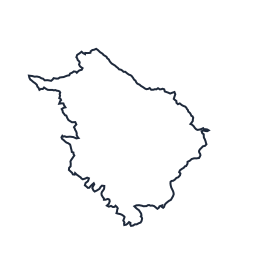 outline of Natividade da Serra, São Paulo, Brazil, rotated 244°
{"feature_id": "56859067B75442298859642", "entity_name": "Natividade da Serra", "entity_type": "district", "adm_level": 2, "iso_a3": "BRA", "parent_name": "Brazil", "parent_adm1": "São Paulo", "projection": "orthographic", "projection_center": [-45.377, -23.427], "detail": "fine", "context": "isolated", "style": "outline", "palette": "slate", "viewbox_px": 256, "rotation_deg": 244, "n_neighbors": 0, "source": "geoboundaries", "source_scale": "gbopen_adm2", "svg_char_len": 4517}
<svg xmlns="http://www.w3.org/2000/svg" viewBox="0 0 256 256"><g transform="rotate(244 128 128)"><path d="M171.0,154.5L173.4,154.0L174.5,153.3L175.6,152.2L177.4,151.2L179.7,150.2L180.5,148.6L182.2,148.0L183.6,147.1L184.6,145.7L186.5,145.2L188.2,144.3L189.6,143.8L190.9,143.0L193.1,141.6L195.1,141.0L196.4,140.8L198.0,140.8L199.8,139.9L201.4,139.9L203.0,138.9L204.4,138.0L205.9,137.7L208.3,136.2L211.3,135.1L213.1,134.1L213.2,131.8L213.7,130.1L213.3,128.1L212.1,127.2L212.5,125.8L213.2,124.3L214.2,122.5L213.2,121.8L215.1,120.4L216.9,119.7L216.3,117.0L216.0,114.4L214.2,112.6L213.0,112.9L211.2,112.6L209.1,113.4L207.9,113.2L206.5,111.8L204.4,111.9L203.2,112.5L201.7,113.4L200.6,111.9L201.1,109.5L200.7,107.8L200.1,106.2L201.4,105.8L202.6,104.1L202.2,102.1L202.3,99.8L201.1,98.3L201.7,96.4L201.9,94.2L202.0,92.5L202.6,90.9L203.3,88.8L203.0,87.0L203.7,85.4L205.4,83.0L204.6,81.5L204.1,79.6L206.2,76.8L207.4,74.0L209.5,73.3L210.7,71.9L212.5,70.8L214.2,68.7L215.1,66.5L216.7,64.7L218.5,61.9L216.5,61.4L214.4,61.4L213.2,62.1L211.0,63.0L208.9,64.2L206.8,65.0L204.9,64.7L203.5,65.2L201.1,65.1L201.3,66.9L200.4,68.5L201.2,70.3L200.1,70.9L198.6,71.8L197.4,72.7L196.5,74.4L195.4,76.7L194.4,77.8L193.9,79.4L192.8,80.3L192.0,81.5L190.9,82.5L189.5,82.6L188.4,81.4L186.8,81.1L184.9,79.3L183.8,80.1L182.4,80.1L181.9,78.8L180.0,76.8L179.2,79.3L178.4,80.7L176.7,80.5L174.0,80.8L174.4,79.0L174.1,76.7L172.3,76.8L170.6,76.3L169.0,76.7L167.1,77.0L166.2,78.0L163.7,77.8L161.4,77.9L159.5,79.0L157.7,80.2L156.4,83.2L153.8,83.1L153.2,81.4L152.4,79.8L150.9,79.9L149.4,79.7L147.6,79.9L145.7,79.6L144.1,78.7L141.9,78.8L140.7,79.1L141.3,77.0L142.5,76.0L143.8,74.9L145.7,72.0L146.5,69.9L147.1,68.5L148.3,67.5L148.6,66.1L149.8,65.6L148.8,64.1L147.1,64.0L145.3,64.9L143.6,65.5L141.9,66.3L140.5,67.6L138.5,68.7L136.8,68.4L134.8,67.9L132.6,67.5L131.1,67.0L129.9,68.2L128.4,67.6L126.8,67.7L126.1,66.3L125.2,64.8L124.3,63.1L123.2,61.6L121.3,61.0L120.1,60.4L118.7,59.6L118.0,57.6L116.2,56.5L114.0,57.4L112.2,58.1L110.5,58.1L109.5,59.6L110.7,60.7L108.5,61.5L107.3,62.2L105.7,63.0L104.4,63.8L103.1,64.0L101.7,64.9L101.3,67.4L101.3,69.5L99.9,70.8L98.8,69.8L97.7,68.5L97.2,65.8L95.4,64.1L93.6,65.0L91.8,65.7L91.3,67.0L92.2,69.0L92.9,71.1L93.4,73.0L92.2,73.0L91.1,71.3L89.8,69.6L87.0,69.6L85.5,70.2L85.5,72.6L85.8,75.6L87.0,77.5L87.6,79.3L86.3,81.3L84.8,80.5L83.7,79.7L82.7,78.1L82.0,76.6L80.9,75.5L79.3,74.9L76.7,75.1L75.3,75.5L74.1,74.9L73.4,76.4L73.1,78.8L71.9,79.8L70.2,79.5L68.3,77.6L67.5,75.0L65.7,76.3L65.4,78.6L63.6,79.8L63.0,81.4L63.6,82.7L61.8,83.4L60.3,83.6L59.3,82.5L57.8,81.5L56.5,80.3L55.4,81.5L54.0,83.3L52.8,84.4L50.7,85.6L49.5,85.9L48.1,84.5L46.9,83.2L44.7,83.4L43.7,82.5L42.4,82.1L41.9,84.1L42.3,86.0L43.0,87.7L41.6,88.6L40.4,87.7L38.7,87.8L38.1,89.8L38.4,91.9L37.6,93.6L37.7,96.0L37.5,97.8L38.3,99.2L39.3,100.1L40.5,101.0L41.7,101.2L42.9,100.7L43.6,101.8L45.4,102.3L47.6,102.0L49.3,101.8L51.3,100.7L52.7,100.1L54.8,99.4L54.8,101.6L53.8,104.1L52.0,106.5L50.9,107.6L49.7,110.4L49.9,111.9L49.5,113.2L48.3,114.2L47.7,115.8L46.3,117.3L42.5,119.0L42.7,120.5L43.8,122.0L43.5,124.6L42.5,123.7L40.9,124.6L41.3,125.9L42.3,126.7L43.5,128.5L44.2,131.1L44.6,133.2L44.6,135.0L45.7,136.7L47.1,138.7L48.5,140.1L50.1,140.6L51.5,140.8L53.8,140.8L55.6,140.8L58.0,141.3L59.7,141.9L61.0,142.7L61.3,144.0L60.8,145.4L61.0,147.3L61.9,149.6L61.7,151.6L62.7,154.0L64.2,155.2L65.9,154.6L67.2,156.2L67.6,158.3L67.8,160.7L68.6,162.3L68.3,163.6L69.8,165.8L71.5,166.7L71.5,169.2L72.2,171.6L71.8,174.0L70.7,176.2L69.9,178.7L70.9,180.2L71.8,181.2L73.2,181.5L74.8,181.3L76.1,181.7L77.2,183.1L77.9,185.2L78.7,187.3L78.2,189.4L79.0,191.4L80.3,191.5L82.0,191.9L84.4,192.1L86.1,192.0L87.6,192.6L89.2,193.3L90.6,192.5L92.8,192.7L92.7,194.7L91.4,196.2L90.4,197.8L90.5,199.5L91.9,198.6L92.8,197.4L93.5,195.8L94.9,195.5L94.9,193.5L95.4,190.9L95.9,189.5L97.2,188.6L98.8,188.1L100.9,187.8L103.1,186.9L104.2,185.9L104.9,187.4L105.9,189.3L107.2,190.0L108.6,191.1L110.2,191.1L111.2,190.3L113.2,190.4L114.6,190.2L116.3,189.4L118.0,189.7L119.3,189.3L120.8,189.3L122.3,188.7L123.5,187.5L125.0,186.4L127.4,185.3L127.5,183.3L129.4,182.6L131.1,183.3L132.6,182.5L134.1,181.9L135.8,183.5L137.6,185.3L140.0,185.5L140.3,183.1L140.5,181.0L142.2,179.6L143.2,178.6L144.7,177.1L146.9,177.5L148.1,176.3L148.3,174.8L148.8,173.5L150.6,172.4L150.3,170.5L151.1,169.1L151.3,167.6L152.2,165.6L154.4,165.0L154.3,163.2L154.8,161.6L155.8,160.7L158.0,159.5L160.3,158.0L161.9,157.4L163.0,156.4L164.1,155.7L165.9,155.4L167.3,155.5L168.7,154.7L171.0,154.5Z" fill="none" stroke="#1e293b" stroke-width="2"/></g></svg>